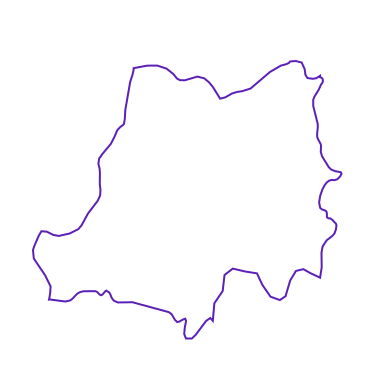 outline of Poni, rotated 9°
{"feature_id": "BFA-2837", "entity_name": "Poni", "entity_type": "Province", "adm_level": 1, "iso_a3": "BFA", "parent_name": "Burkina Faso", "parent_adm1": "", "projection": "equal_earth", "projection_center": [-3.283, 10.293], "detail": "fine", "context": "isolated", "style": "outline", "palette": "violet", "viewbox_px": 384, "rotation_deg": 9, "n_neighbors": 0, "source": "natural_earth", "source_scale": "10m", "svg_char_len": 2222}
<svg xmlns="http://www.w3.org/2000/svg" viewBox="0 0 384 384"><g transform="rotate(9 192 192)"><path d="M136.0,312.7L131.9,311.6L129.3,309.2L127.8,306.6L126.0,304.2L122.7,302.8L121.9,303.6L119.7,307.2L118.4,308.2L116.9,307.8L113.8,305.5L112.0,305.1L100.4,307.0L96.9,308.5L94.4,310.6L90.6,316.1L88.6,318.2L83.9,320.0L68.1,320.4L67.6,320.6L67.7,318.7L67.7,313.6L67.1,307.4L60.0,297.3L46.2,282.5L44.0,274.1L44.8,269.6L47.4,259.4L49.4,254.3L54.8,253.9L61.8,256.1L67.4,256.2L77.7,252.1L85.5,246.5L88.2,242.0L92.6,229.6L100.2,215.5L101.8,209.9L101.3,204.4L99.7,198.7L98.1,187.8L97.1,183.4L95.1,178.7L95.1,173.3L96.3,171.2L97.4,168.7L104.3,157.2L106.8,149.6L108.5,142.7L111.0,139.0L113.0,137.0L114.1,135.7L114.2,130.3L113.3,121.3L113.7,93.2L114.2,89.6L114.8,86.5L115.2,81.1L115.0,78.8L128.0,74.2L138.0,72.6L147.5,74.1L155.1,78.4L159.5,82.3L162.5,83.4L167.4,82.8L179.2,77.2L186.3,77.8L191.8,81.1L196.3,85.1L205.1,95.4L209.9,93.4L216.3,88.3L221.2,86.0L225.7,84.6L233.6,80.7L250.2,61.3L260.1,53.2L264.5,51.3L267.4,49.5L268.5,47.7L274.1,46.4L280.1,47.0L284.1,53.1L285.6,58.3L288.2,61.4L293.5,61.3L296.9,60.2L300.2,57.3L300.3,57.2L300.5,58.6L301.0,58.6L302.0,58.9L303.1,59.6L303.8,61.0L303.9,63.1L303.3,64.5L302.6,65.8L301.2,71.0L298.0,78.7L297.3,81.9L298.3,88.1L305.5,105.0L306.1,108.2L306.5,115.1L307.1,118.2L308.2,120.1L311.5,124.4L312.2,125.9L312.9,132.2L314.8,136.3L323.2,146.1L326.1,148.1L330.0,149.0L335.9,149.2L336.8,150.6L335.8,153.6L333.6,156.6L331.0,158.0L327.9,158.3L325.6,159.4L323.7,161.4L322.0,164.4L320.4,169.1L319.2,175.7L319.2,182.5L321.1,187.7L323.2,188.9L325.7,189.3L327.7,190.0L328.6,192.1L329.2,195.8L330.7,196.6L332.8,196.5L335.1,197.6L337.5,199.6L339.0,200.6L339.9,202.3L340.0,206.4L339.2,210.7L337.4,213.5L332.6,218.6L329.5,225.3L329.4,231.7L331.9,246.2L331.9,256.6L321.9,253.7L314.1,250.8L307.0,253.7L302.8,264.1L300.7,280.3L295.7,285.0L285.9,283.1L276.0,272.7L268.9,262.2L256.9,262.2L244.2,261.3L237.1,268.9L237.8,285.0L231.5,298.4L232.7,316.0L229.8,313.6L226.1,317.1L218.0,332.5L214.7,336.8L208.9,337.6L206.5,333.4L206.1,326.8L206.3,320.4L205.2,318.2L202.8,319.5L200.0,321.8L197.8,322.8L195.2,321.0L191.0,315.9L188.0,314.3L150.3,310.2L136.0,312.7Z" fill="none" stroke="#5b21b6" stroke-width="2"/></g></svg>